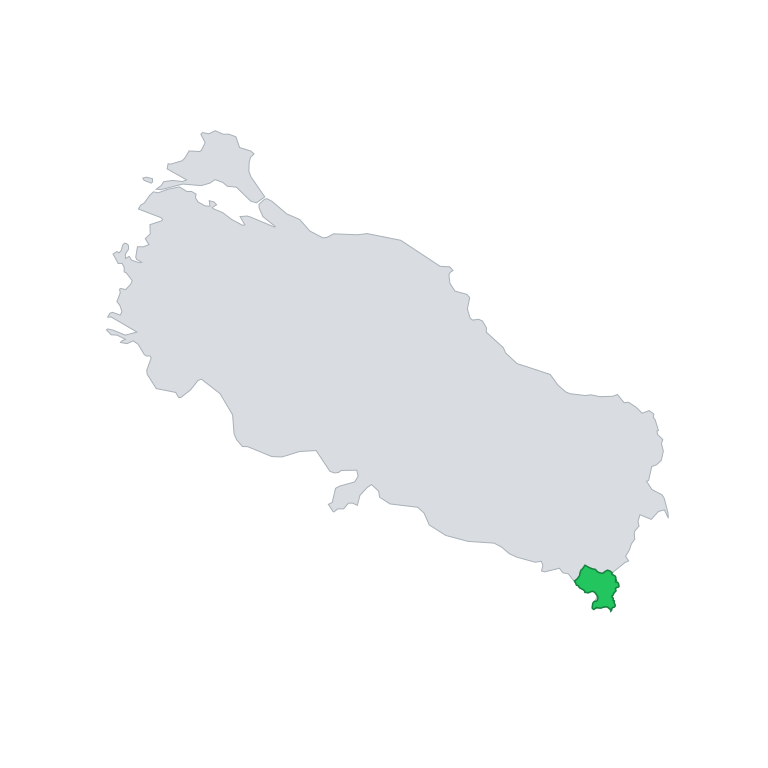 Hakkari highlighted on a map of Turkey, rotated 31°
{"feature_id": "TUR-3047", "entity_name": "Hakkari", "entity_type": "Province", "adm_level": 1, "iso_a3": "TUR", "parent_name": "Turkey", "parent_adm1": "", "projection": "equal_earth", "projection_center": [44.217, 37.441], "detail": "medium", "context": "in_parent", "style": "filled", "palette": "green", "viewbox_px": 768, "rotation_deg": 31, "n_neighbors": 0, "source": "natural_earth", "source_scale": "10m", "svg_char_len": 5545}
<svg xmlns="http://www.w3.org/2000/svg" viewBox="0 0 768 768"><g transform="rotate(31 384 384)"><path d="M589.5,272.8L599.6,276.4L602.9,273.7L612.1,274.1L620.4,276.1L625.0,270.2L630.8,270.8L631.9,273.8L634.7,274.9L643.2,282.5L642.2,283.5L644.3,286.3L651.7,288.1L652.4,292.0L658.1,297.8L661.0,306.7L659.2,312.9L656.0,316.9L660.5,330.4L659.1,332.1L668.1,336.5L679.5,335.8L683.1,337.7L694.0,348.4L696.8,352.6L689.2,347.5L684.9,351.9L682.8,362.4L670.7,364.3L672.6,371.2L675.8,374.4L674.7,380.9L675.6,383.5L678.9,387.8L678.4,393.6L679.8,399.8L679.8,407.3L684.8,409.6L682.5,413.0L676.9,428.2L677.3,429.4L681.1,429.7L689.5,436.8L688.0,439.1L689.0,448.8L696.3,455.2L695.1,458.4L695.3,461.7L690.0,460.2L679.3,468.9L678.1,468.7L676.6,465.7L676.3,457.0L673.7,454.7L670.3,454.2L664.5,458.1L659.1,458.0L653.8,457.2L639.8,451.8L634.6,453.7L629.2,451.6L618.5,462.3L615.3,463.2L613.8,457.9L610.2,454.9L605.4,458.9L587.2,464.0L578.9,464.9L568.7,463.2L560.3,463.7L537.1,475.6L515.0,482.0L495.4,481.5L484.8,474.0L476.4,472.3L450.9,483.7L438.6,483.3L434.6,478.6L425.2,476.6L423.0,481.1L420.7,491.9L423.7,501.7L418.3,502.3L414.9,504.5L413.7,511.9L408.7,514.9L406.9,519.5L406.1,519.6L398.3,515.8L400.6,512.2L396.2,498.4L398.8,494.1L409.3,483.0L409.3,476.4L405.1,471.9L391.9,480.1L390.6,483.2L387.5,485.7L382.7,486.7L360.1,476.0L346.3,485.4L334.2,499.0L325.2,504.0L299.5,507.9L294.8,510.5L286.2,507.6L281.2,504.0L270.1,488.4L248.4,476.7L225.0,473.9L222.7,476.9L221.2,488.8L216.8,500.2L214.8,501.3L209.8,498.5L191.2,505.2L176.1,497.7L173.6,494.5L171.0,481.5L168.8,480.5L166.2,482.3L163.5,482.3L152.8,476.6L146.8,476.2L142.9,481.8L136.8,484.1L136.8,482.5L139.3,478.9L130.0,479.6L124.8,482.3L118.2,480.6L118.8,479.1L124.3,477.3L137.0,475.4L145.5,466.7L115.7,467.1L112.7,469.0L112.6,464.5L114.4,462.4L122.4,460.8L122.1,457.0L117.6,453.0L112.6,450.9L110.9,441.5L108.5,439.1L108.9,437.8L113.9,436.1L115.4,429.3L115.0,425.1L105.7,421.4L103.5,421.7L101.4,418.1L97.5,415.5L94.0,417.6L84.8,412.1L86.9,408.0L89.3,408.1L90.0,404.9L88.5,399.7L88.9,397.0L91.1,396.2L93.4,396.7L95.6,399.9L95.4,405.9L97.7,409.5L99.8,405.9L104.0,407.9L112.0,406.0L113.6,404.4L107.9,404.6L105.9,403.2L102.0,393.3L107.0,390.4L110.8,385.6L104.5,382.4L106.3,375.7L101.3,368.0L109.6,358.3L109.3,356.9L107.0,356.3L83.3,360.5L83.3,356.1L85.3,352.3L86.0,343.0L87.4,338.0L91.9,336.5L97.8,329.1L107.1,320.4L116.0,320.5L119.8,318.1L125.1,318.0L126.4,321.4L130.9,323.8L139.1,323.4L143.3,321.2L139.8,316.9L144.6,315.5L148.2,316.6L145.9,321.2L146.9,321.7L157.7,320.2L168.7,321.4L181.1,320.8L182.7,319.3L174.4,314.6L180.2,310.5L183.4,309.7L209.4,305.9L209.6,305.0L194.0,302.9L186.3,297.4L184.3,294.4L186.4,287.2L188.3,285.4L193.9,285.1L213.1,288.3L227.0,286.4L241.8,291.1L256.3,290.2L259.4,288.0L263.5,281.2L284.5,269.7L292.0,263.8L324.3,252.2L371.5,254.2L380.0,249.7L384.7,251.2L383.2,254.2L383.4,257.0L388.7,263.8L397.0,267.8L408.8,264.5L413.0,265.8L416.7,276.6L423.8,283.1L427.1,283.6L431.7,279.8L436.0,279.3L442.8,283.0L445.1,286.9L467.6,291.4L472.2,294.7L487.4,298.0L521.6,290.2L533.9,295.5L544.2,297.2L548.7,296.4L562.5,290.2L566.9,286.7L575.5,283.7L586.3,276.8L589.5,272.8ZM154.1,253.7L152.8,258.5L154.4,263.8L158.6,271.2L163.1,274.9L185.4,285.0L181.4,294.4L175.5,295.9L156.1,291.3L147.8,295.2L142.1,294.2L133.9,295.9L131.2,301.6L125.1,308.1L108.6,316.2L92.8,332.2L88.4,334.3L90.8,328.8L91.0,324.0L97.8,318.5L107.0,314.2L109.7,310.7L87.3,311.3L85.5,306.4L87.9,305.4L95.9,296.7L96.9,293.2L96.9,284.6L106.2,279.7L107.1,277.7L106.4,269.2L98.4,264.3L98.9,262.0L105.0,259.7L108.9,253.8L117.7,252.7L122.0,249.9L129.7,248.4L138.4,255.7L149.8,252.9L154.1,253.7ZM81.1,331.7L73.4,333.0L71.2,331.7L73.8,329.1L79.8,327.3L81.5,329.9L81.1,331.7Z" fill="#d9dde1" stroke="#a8b0b8" stroke-width="1"/><path d="M652.6,457.3L652.1,457.0L650.5,455.7L649.2,455.0L648.7,454.6L649.2,453.7L650.0,451.4L650.3,447.5L649.2,444.7L648.7,442.3L649.4,439.8L649.6,435.8L654.0,435.7L658.5,435.0L659.4,434.5L660.3,434.1L661.7,434.3L663.1,434.9L665.2,434.9L667.4,434.4L669.2,433.3L670.0,430.9L671.4,428.5L673.8,427.9L676.7,428.3L676.6,428.6L677.2,429.6L678.3,429.8L680.5,429.5L680.9,429.6L682.1,430.2L682.4,430.5L682.6,430.9L682.8,431.4L682.9,432.0L683.3,432.5L683.6,432.5L683.8,432.5L684.0,432.4L684.3,432.6L684.3,432.8L684.2,433.5L684.1,433.8L684.4,434.3L684.8,434.3L685.4,434.1L685.8,433.9L686.7,433.8L687.6,434.2L688.5,435.0L689.7,436.5L689.7,436.9L689.4,437.5L688.3,438.5L688.0,438.9L687.8,440.2L688.5,441.0L689.3,441.6L689.4,442.3L689.1,443.2L688.9,444.3L688.8,445.4L689.0,446.3L689.1,447.0L688.7,448.3L688.9,449.0L689.3,449.3L690.6,449.4L691.1,449.8L691.6,451.1L691.9,451.5L693.1,451.3L693.4,451.7L693.6,452.3L693.9,452.9L695.8,454.2L696.5,455.1L696.4,456.5L696.0,457.1L695.6,457.3L695.2,457.7L694.9,458.5L695.0,459.4L695.4,460.1L695.6,460.9L695.4,461.7L695.0,461.0L694.3,460.6L690.8,460.1L690.2,460.1L689.1,460.6L687.8,461.6L686.6,462.8L685.8,463.9L685.0,464.6L684.1,465.1L681.3,466.1L681.0,466.6L680.9,467.3L680.4,468.2L680.1,469.0L679.8,469.3L679.4,469.3L678.0,468.9L677.7,468.7L677.5,468.2L676.1,465.0L675.9,464.1L675.9,463.2L676.2,462.3L676.7,461.5L677.2,461.2L677.5,461.2L677.9,461.0L678.1,460.5L678.2,460.1L678.2,459.5L678.0,458.6L677.7,457.6L677.3,456.8L676.8,456.2L676.0,455.7L672.8,454.3L672.2,454.2L671.1,454.0L669.6,454.2L668.4,455.3L667.4,456.8L666.4,458.1L664.6,458.4L664.0,459.1L663.6,459.2L663.3,459.0L662.6,458.3L662.3,458.0L661.5,457.8L660.6,457.7L657.2,458.0L656.4,457.9L655.6,457.5L655.0,457.0L654.7,456.9L654.3,456.8L653.8,456.9L653.0,457.2L652.6,457.3Z" fill="#22c55e" stroke="#15803d" stroke-width="1.5"/></g></svg>